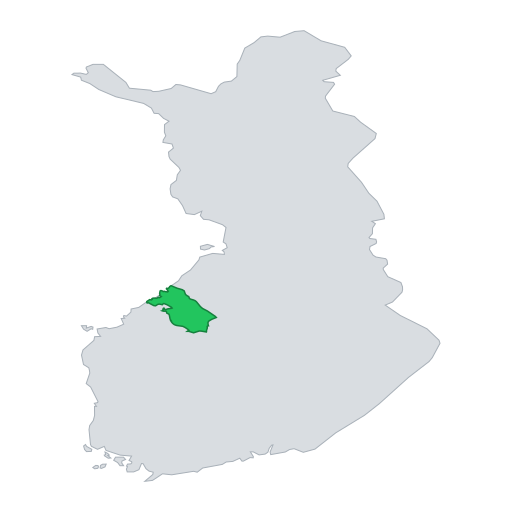 Finland, with Central Ostrobothnia highlighted
{"feature_id": "FIN-3181", "entity_name": "Central Ostrobothnia", "entity_type": "Province", "adm_level": 1, "iso_a3": "FIN", "parent_name": "Finland", "parent_adm1": "", "projection": "robinson", "projection_center": [23.72, 63.644], "detail": "fine", "context": "in_parent", "style": "filled", "palette": "green", "viewbox_px": 512, "rotation_deg": 0, "n_neighbors": 0, "source": "natural_earth", "source_scale": "10m", "svg_char_len": 5645}
<svg xmlns="http://www.w3.org/2000/svg" viewBox="0 0 512 512"><path d="M186.1,213.5L182.5,205.6L177.8,198.8L172.6,196.9L170.9,194.3L170.1,188.8L171.0,184.5L176.4,180.4L177.3,174.8L180.5,170.3L178.9,167.4L170.2,159.2L169.0,156.6L168.5,152.1L173.4,148.1L172.0,144.0L162.9,142.4L163.3,139.9L165.8,135.8L164.4,132.2L164.5,124.6L169.0,121.2L163.6,118.4L158.6,113.6L154.1,113.3L151.4,108.1L143.6,103.4L115.9,96.8L98.8,89.5L89.9,83.6L81.4,80.2L80.7,77.1L72.0,74.6L73.8,73.2L80.6,73.1L86.3,74.4L88.3,72.7L86.0,68.2L86.4,67.0L92.9,64.4L103.4,64.4L125.9,82.4L129.4,88.2L150.7,90.2L153.0,91.6L158.8,91.3L171.2,88.5L175.9,84.5L180.5,84.9L211.1,93.7L215.7,91.7L218.5,86.3L220.9,83.9L224.3,82.1L231.4,81.1L236.9,76.6L237.2,64.1L239.8,60.4L244.8,48.1L254.1,42.6L260.9,36.9L267.7,36.1L280.1,37.2L294.7,31.5L304.1,30.7L321.1,40.8L344.7,47.3L351.2,55.9L348.3,59.3L336.2,68.6L335.8,71.1L340.3,75.3L322.7,80.3L324.1,81.7L333.5,82.4L334.6,84.2L325.5,96.1L325.3,98.2L332.8,111.0L354.4,116.5L360.6,122.2L376.3,133.5L375.0,138.6L353.1,158.0L348.2,163.4L347.7,166.8L361.5,182.3L368.9,193.3L377.0,201.2L383.9,214.3L384.4,218.8L371.8,221.3L375.4,223.7L372.6,227.8L372.4,233.7L369.0,237.5L369.8,238.5L375.9,239.3L376.6,241.9L376.1,243.5L370.0,246.5L369.5,249.6L373.0,255.1L375.9,257.0L385.7,258.7L387.0,260.2L387.6,264.1L383.2,268.1L383.3,269.6L387.8,276.7L400.9,282.5L402.5,286.8L402.6,289.7L402.0,292.2L392.5,302.0L385.2,305.1L400.3,315.5L427.0,328.8L439.0,340.2L440.0,343.3L432.3,357.6L429.1,361.5L408.5,377.4L379.4,403.6L364.6,415.2L335.8,432.8L315.0,449.1L303.3,452.3L294.1,448.7L289.6,449.5L285.3,452.0L270.7,454.6L270.1,452.0L273.0,444.9L271.7,445.1L269.2,448.3L267.9,452.2L265.1,454.1L259.1,454.9L253.1,451.8L250.3,451.8L253.3,456.5L253.2,457.8L250.0,457.6L243.4,461.1L241.9,461.1L239.8,458.2L232.8,461.4L226.2,462.0L222.3,464.4L202.7,468.0L197.2,472.2L193.6,471.3L171.7,474.8L162.5,473.8L152.5,480.4L144.8,481.3L152.8,474.5L153.2,472.2L149.0,471.1L146.0,468.7L143.1,463.7L141.5,463.5L138.9,469.7L133.7,471.9L127.2,471.9L126.4,469.1L127.5,466.6L126.5,466.1L127.5,464.1L130.8,463.9L131.8,462.9L131.7,461.7L129.0,460.5L131.6,456.1L120.1,455.1L106.0,450.4L104.3,446.4L97.5,449.3L91.4,446.3L90.5,444.5L89.0,429.6L89.7,425.5L93.3,420.5L94.6,415.5L94.5,406.4L96.5,406.4L94.3,403.3L97.6,402.6L98.0,401.6L90.6,387.0L86.2,383.6L89.8,373.1L89.5,370.7L88.8,367.8L83.5,364.5L81.5,355.1L83.0,349.9L93.9,340.4L94.6,336.7L100.6,336.4L97.9,333.0L97.1,329.0L105.9,327.5L109.1,328.7L116.9,327.2L123.7,324.2L121.2,318.5L124.7,318.3L123.5,316.9L123.8,315.5L126.5,316.1L130.9,312.1L131.1,309.0L138.8,307.4L147.6,301.2L155.6,297.8L163.9,291.6L167.5,291.3L169.3,287.1L178.5,280.8L181.8,275.8L190.5,270.0L198.9,259.9L199.8,257.1L212.7,253.4L224.4,254.4L224.1,251.9L222.3,250.4L227.2,247.7L226.0,243.9L223.2,242.0L226.0,227.5L222.5,224.7L209.0,219.8L203.5,219.3L200.3,215.6L201.8,211.2L194.4,214.6L186.1,213.5ZM115.5,457.2L123.5,457.2L125.6,459.5L122.0,461.0L121.7,462.9L123.6,465.7L120.0,465.7L117.6,462.5L113.7,460.3L115.5,457.2ZM209.5,248.6L204.5,250.0L200.5,249.1L200.4,246.3L207.4,244.4L214.5,246.5L211.0,247.0L209.5,248.6ZM86.6,325.7L86.3,328.1L91.1,326.4L93.0,327.1L92.7,329.3L91.1,328.8L87.1,331.3L83.6,329.2L81.4,325.7L86.6,325.7ZM91.8,449.3L91.3,451.4L86.5,451.6L84.6,449.5L83.6,446.0L85.5,444.5L86.6,446.4L91.8,449.3ZM110.8,458.0L108.2,458.2L104.7,456.0L104.2,455.1L105.6,454.6L105.0,452.0L107.8,453.5L109.3,455.1L107.8,455.5L110.8,458.0ZM105.0,466.9L101.5,468.4L100.1,468.0L100.5,465.4L102.6,464.2L106.2,464.1L105.0,466.9ZM97.8,468.3L94.7,468.8L92.8,467.5L95.7,465.4L98.0,465.6L98.5,466.8L97.8,468.3Z" fill="#d9dde1" stroke="#a8b0b8" stroke-width="1"/><path d="M146.8,302.7L146.9,302.1L146.9,301.9L146.8,301.5L148.7,300.3L149.3,299.8L149.7,299.6L151.2,299.9L151.6,299.8L152.0,299.5L152.3,299.3L152.3,299.2L151.9,299.0L151.9,298.7L152.4,298.4L152.8,298.2L153.9,298.1L156.5,298.2L157.5,297.9L158.2,297.2L159.0,297.7L159.8,297.6L160.5,297.2L161.3,296.5L160.2,295.9L159.7,295.6L159.7,295.1L160.0,294.6L159.9,294.1L159.7,293.7L159.6,293.3L159.7,293.0L160.1,291.0L160.6,290.6L161.3,290.6L162.4,291.0L162.7,291.1L163.0,291.5L163.4,291.6L163.7,291.5L164.0,291.4L164.4,291.3L165.4,291.7L167.7,291.9L168.2,291.4L167.7,290.4L166.9,289.3L166.4,288.8L166.6,288.3L167.0,288.3L168.0,288.5L168.3,288.3L169.1,287.6L169.4,287.3L169.6,286.7L170.2,286.2L171.1,285.7L177.1,288.2L182.3,289.7L184.3,291.0L184.6,292.1L185.4,294.2L186.1,295.0L187.7,296.1L188.7,296.5L188.8,296.9L189.3,298.0L189.4,298.4L190.4,299.1L193.3,299.9L195.0,300.6L196.4,301.7L200.4,306.6L202.6,308.5L207.4,311.0L215.3,316.4L216.3,317.5L211.8,319.3L208.9,321.0L208.0,322.3L208.0,324.1L208.5,325.8L208.3,325.8L207.5,326.1L207.2,326.3L207.2,327.2L207.3,327.7L207.1,328.8L206.6,330.0L206.5,330.9L206.5,331.8L206.4,332.0L201.2,331.1L199.3,331.0L193.6,332.8L188.7,331.3L187.3,331.3L187.7,331.0L188.2,330.7L188.9,330.3L188.1,329.5L185.0,327.4L182.7,326.3L176.8,325.5L175.5,325.1L174.3,324.6L173.3,323.9L172.4,323.1L171.6,322.1L170.9,321.0L171.0,321.0L171.3,320.9L170.5,319.8L170.1,319.1L169.3,315.1L168.9,314.2L168.1,313.7L167.5,313.5L166.8,313.1L166.4,311.8L166.4,311.5L165.6,311.2L163.8,311.2L162.8,311.0L162.2,310.8L162.8,310.6L162.9,310.4L162.8,310.2L162.7,309.9L162.8,309.8L163.0,309.8L163.5,309.5L163.7,309.4L163.6,309.2L163.3,308.7L163.2,308.5L163.3,308.4L163.5,308.2L164.0,308.1L164.4,308.8L164.7,309.3L165.7,309.6L168.0,308.8L171.6,308.3L172.1,308.1L171.4,307.2L167.2,304.8L164.2,303.6L163.3,303.6L162.4,304.7L161.7,304.6L160.6,304.3L159.4,304.1L158.0,304.3L157.1,304.8L156.3,305.4L155.5,305.8L153.8,305.6L148.3,302.7L147.8,302.9L147.4,303.0L147.1,302.9L146.8,302.7Z" fill="#22c55e" stroke="#15803d" stroke-width="1.5"/></svg>